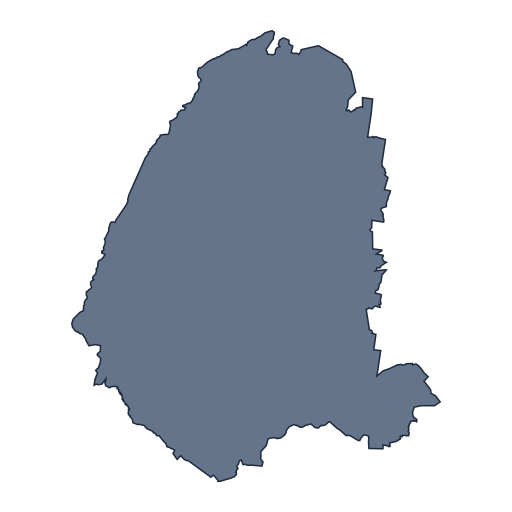 the district of Calvillo, Aguascalientes, Mexico
{"feature_id": "50627088B90552262632794", "entity_name": "Calvillo", "entity_type": "district", "adm_level": 2, "iso_a3": "MEX", "parent_name": "Mexico", "parent_adm1": "Aguascalientes", "projection": "mercator", "projection_center": [-102.712, 21.911], "detail": "fine", "context": "isolated", "style": "filled", "palette": "slate", "viewbox_px": 512, "rotation_deg": 0, "n_neighbors": 0, "source": "geoboundaries", "source_scale": "gbopen_adm2", "svg_char_len": 6006}
<svg xmlns="http://www.w3.org/2000/svg" viewBox="0 0 512 512"><path d="M390.4,190.8L384.4,189.6L388.0,177.5L384.6,174.9L385.8,173.1L385.6,172.2L384.6,170.9L385.0,170.2L384.5,168.7L383.0,167.3L382.7,166.4L382.0,166.4L382.0,162.6L385.5,139.5L377.9,137.6L376.2,136.7L375.0,136.9L374.5,137.6L373.6,137.5L373.3,136.6L372.7,136.5L371.8,137.1L367.6,137.3L371.1,114.3L372.6,99.0L362.5,97.6L362.6,107.4L361.4,106.9L359.8,107.0L358.5,107.8L356.9,107.8L355.9,108.3L354.9,110.2L354.3,109.9L353.5,110.2L351.8,111.7L349.9,111.7L349.4,110.2L347.9,110.2L347.2,111.0L346.1,110.3L347.6,106.6L348.3,99.9L355.7,92.2L351.1,71.6L346.3,64.1L342.6,61.3L342.7,59.6L318.5,45.7L301.4,49.6L301.0,49.9L301.1,50.9L298.9,54.5L297.0,53.3L293.6,53.4L291.1,52.5L292.8,46.0L289.5,44.4L288.7,43.0L289.1,41.5L288.9,40.2L284.4,38.2L282.9,38.0L279.6,40.2L278.3,44.5L279.9,46.8L277.5,47.5L276.4,48.5L275.6,49.8L275.1,53.6L273.2,54.8L267.5,54.2L267.0,51.5L266.0,49.6L273.3,38.7L273.5,36.0L274.3,34.6L274.0,34.1L274.4,32.2L272.0,30.7L265.0,32.8L260.4,36.5L257.7,37.5L254.8,39.4L252.0,39.5L248.0,41.9L246.8,45.3L246.1,44.4L238.3,48.8L231.4,49.6L229.2,51.2L227.4,51.5L222.8,54.7L220.9,55.3L219.7,56.6L217.3,57.0L215.0,58.5L213.2,58.8L207.5,62.1L202.1,66.9L200.8,67.7L199.2,67.9L198.4,68.7L198.2,70.4L197.5,71.3L197.7,74.8L198.8,77.4L200.6,78.8L201.2,80.7L198.6,83.2L199.0,86.2L198.7,88.7L197.4,91.3L194.5,94.3L194.4,96.1L192.9,98.7L192.8,100.2L191.6,101.2L190.6,102.7L187.3,103.6L184.2,105.3L183.3,105.2L182.7,105.6L182.8,106.5L183.5,107.0L185.6,107.5L184.3,110.0L181.1,110.1L180.1,111.3L178.6,112.0L177.9,113.8L177.2,114.0L177.6,115.3L176.4,117.8L175.1,118.2L173.7,119.6L170.0,121.2L169.7,122.3L170.5,125.7L168.9,133.2L168.2,134.2L166.8,134.5L164.5,134.5L160.2,135.2L160.2,136.1L159.6,137.3L156.7,140.4L155.8,143.3L152.3,146.5L151.5,148.1L150.0,149.1L149.8,151.4L148.2,152.0L148.2,153.9L145.3,157.9L128.9,194.9L127.7,199.7L128.0,201.1L126.3,204.9L116.1,219.8L115.0,222.5L113.2,221.9L111.2,222.1L110.2,223.6L108.6,228.8L109.0,230.1L105.5,237.7L104.4,239.0L105.0,240.0L105.2,243.6L103.5,247.3L103.7,249.9L103.2,250.7L101.7,251.2L101.8,253.1L104.8,254.1L104.7,254.7L103.6,257.0L101.0,259.8L99.7,260.1L98.5,261.2L98.0,262.5L97.7,267.1L96.2,268.8L96.5,270.7L95.6,274.0L93.1,276.6L92.5,278.6L93.7,279.7L91.1,281.5L90.5,283.0L90.7,284.8L91.6,286.8L91.5,287.6L90.4,289.0L88.8,289.7L87.9,290.9L86.4,291.7L86.3,294.7L87.4,297.9L85.2,300.3L85.0,301.2L84.4,301.9L84.3,305.2L83.7,305.7L83.3,310.7L79.9,312.4L73.2,319.1L71.8,323.3L72.4,327.0L75.3,331.0L78.1,332.4L78.2,332.1L79.7,333.5L82.1,334.0L85.8,339.1L86.0,340.5L89.0,345.8L94.7,344.6L100.5,345.6L100.3,351.2L97.4,353.8L97.3,355.2L100.6,358.3L100.3,362.3L98.2,368.3L97.4,368.6L95.7,370.4L97.5,373.1L94.9,379.6L94.1,385.2L96.1,384.2L98.6,384.7L102.0,384.1L105.9,378.6L105.8,381.1L104.9,382.9L105.8,385.8L106.9,386.2L109.1,387.7L110.2,387.5L111.5,386.5L116.4,386.5L117.7,387.3L116.9,388.3L118.8,389.5L118.4,389.9L119.0,392.0L120.1,392.2L119.9,393.3L121.0,393.2L121.3,394.2L120.8,394.6L122.1,395.1L121.8,396.0L122.7,397.7L122.0,399.0L123.2,399.5L122.9,400.4L123.8,400.7L123.6,401.3L125.3,403.5L125.3,404.6L126.5,405.1L126.7,404.5L127.5,406.1L128.2,406.4L128.4,407.6L129.6,408.9L128.3,409.6L128.8,410.4L128.2,412.5L128.5,414.7L130.0,415.5L129.8,416.4L131.6,418.3L132.6,420.3L133.0,422.7L137.6,424.6L139.2,424.3L144.7,425.6L145.3,427.2L147.1,428.8L152.9,431.4L153.3,432.7L155.4,433.4L156.0,434.9L156.8,435.6L159.3,435.9L162.9,440.6L166.0,443.6L166.9,446.7L170.2,447.8L171.5,448.8L172.4,448.8L174.3,450.1L174.7,450.7L173.0,453.4L177.1,459.4L180.8,455.7L184.1,459.3L186.4,460.5L188.0,460.5L210.9,477.2L213.5,475.1L218.4,480.9L218.1,481.3L220.4,481.2L230.6,478.2L234.4,476.7L236.4,474.4L236.4,472.8L235.8,472.3L236.9,469.4L237.5,469.4L237.9,468.2L236.9,466.8L236.9,466.1L238.5,464.1L239.2,461.1L241.3,460.0L243.0,464.6L245.8,464.4L247.5,465.3L251.9,465.2L262.0,466.1L263.0,461.8L260.8,459.5L260.9,451.5L266.3,445.6L268.0,438.9L271.2,438.0L274.7,437.6L277.0,438.6L280.7,438.0L284.9,434.8L286.0,432.7L286.4,430.5L288.7,427.2L292.7,425.0L294.5,424.7L296.6,425.7L297.3,425.4L299.5,427.1L300.2,426.9L301.3,427.4L303.6,426.7L305.5,425.3L308.3,424.8L310.5,423.9L312.9,425.5L313.9,426.8L315.8,427.8L318.4,428.0L321.0,425.4L322.4,425.7L325.3,424.9L329.1,421.7L330.4,422.3L337.3,428.5L339.5,429.7L345.6,435.2L346.5,435.6L349.0,435.4L350.5,435.9L358.2,440.5L359.8,440.5L360.9,438.1L363.7,435.1L364.9,434.9L368.4,436.0L368.8,437.8L368.5,442.1L368.9,448.5L383.0,448.8L383.0,445.0L388.5,446.0L388.5,446.5L390.0,446.5L389.7,443.0L396.3,441.4L400.6,438.7L400.0,437.5L400.7,436.1L402.0,436.8L402.5,435.3L408.4,435.8L408.2,435.3L409.1,434.2L409.1,432.7L408.1,431.1L408.9,430.1L408.4,427.2L409.0,426.3L408.6,425.4L409.4,425.0L409.3,424.2L410.5,422.8L410.6,421.7L413.1,420.5L413.5,421.1L414.2,421.1L414.4,420.7L416.6,421.8L416.9,419.6L413.2,416.6L412.5,412.7L414.3,407.1L421.2,405.7L434.5,405.7L440.2,401.9L435.3,395.6L431.0,393.3L430.7,390.2L429.0,387.5L424.0,381.2L428.2,376.8L424.3,373.1L420.7,368.1L419.7,367.4L419.6,366.7L416.0,363.9L412.7,364.9L412.4,363.5L406.4,363.7L404.3,364.9L403.1,365.1L401.2,364.4L397.2,364.9L389.6,368.6L383.1,370.8L376.9,376.1L380.7,350.6L373.8,349.7L375.9,334.4L371.9,333.3L372.4,332.5L371.6,330.4L369.4,329.7L366.2,309.5L367.7,308.9L368.5,307.9L370.8,308.7L372.5,308.7L373.8,306.8L376.1,306.0L377.3,306.8L380.1,307.3L379.1,304.4L380.6,304.4L381.0,303.9L380.3,299.8L381.4,295.7L381.1,294.5L375.1,293.0L375.8,290.8L378.1,289.5L379.0,286.5L379.0,284.6L380.9,282.4L382.0,275.0L386.4,270.0L384.7,269.8L375.4,270.8L376.4,270.0L377.0,267.7L379.9,267.9L381.1,265.8L386.4,262.3L383.6,261.3L382.4,258.7L382.4,257.8L383.4,255.9L382.9,255.1L376.3,254.1L379.8,251.8L381.5,251.1L381.8,250.0L372.7,248.9L372.4,231.9L370.5,231.0L369.9,229.6L371.7,227.7L371.9,220.3L383.6,222.1L383.9,219.7L383.0,217.6L383.2,216.2L382.6,215.8L383.2,215.0L383.1,213.7L380.9,210.4L381.0,209.2L381.7,208.1L386.3,206.6L386.5,202.0L387.9,199.4L388.3,196.4L389.9,193.4L390.4,190.8Z" fill="#64748b" stroke="#1e293b" stroke-width="1.5"/></svg>